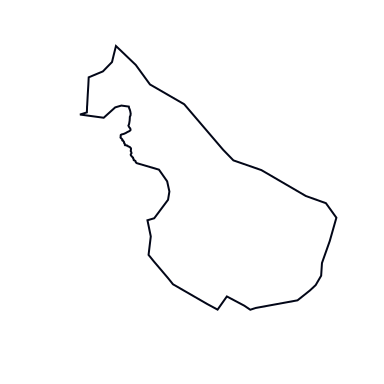 Bayancogt, Töv, Mongolia (Natural Earth projection), rotated 222°
{"feature_id": "93677404B67645027022148", "entity_name": "Bayancogt", "entity_type": "district", "adm_level": 2, "iso_a3": "MNG", "parent_name": "Mongolia", "parent_adm1": "Töv", "projection": "natural_earth1", "projection_center": [106.234, 48.109], "detail": "fine", "context": "isolated", "style": "outline", "palette": "ink", "viewbox_px": 384, "rotation_deg": 222, "n_neighbors": 0, "source": "geoboundaries", "source_scale": "gbopen_adm2", "svg_char_len": 2217}
<svg xmlns="http://www.w3.org/2000/svg" viewBox="0 0 384 384"><g transform="rotate(222 192 192)"><path d="M346.2,249.6L345.6,248.5L341.3,240.4L340.4,238.8L340.4,238.7L338.9,236.0L338.4,235.0L338.7,227.5L338.9,222.1L339.1,221.6L341.0,217.6L345.5,208.1L340.6,202.1L334.3,194.2L328.0,186.4L327.1,185.2L325.8,183.7L323.4,180.8L325.4,177.4L327.1,174.6L307.3,188.1L305.7,203.5L302.3,209.0L296.1,213.2L295.7,212.9L295.3,212.6L294.9,212.3L294.5,212.1L294.1,211.9L293.7,211.8L293.5,211.6L293.2,211.5L292.6,211.1L292.1,210.8L291.4,210.3L290.7,209.7L290.2,209.4L289.8,208.9L288.9,207.7L288.6,206.5L288.2,205.9L287.8,205.5L286.9,204.3L286.3,203.6L284.8,201.3L284.1,200.1L283.8,199.1L283.7,198.8L282.8,198.4L281.8,198.1L280.5,197.9L279.9,197.6L279.2,197.0L279.1,196.5L279.3,195.3L280.0,193.6L280.2,193.1L280.7,191.5L281.5,189.7L282.3,188.4L282.7,187.9L282.9,187.4L283.1,186.8L282.9,186.4L282.5,185.9L282.1,185.5L281.8,184.9L281.5,184.6L281.0,184.5L280.5,184.6L279.9,184.5L279.4,184.5L278.8,184.4L278.5,183.8L278.1,183.7L277.7,183.8L277.4,184.0L277.0,183.9L276.4,183.7L276.1,183.7L275.8,183.6L275.5,183.2L275.1,182.9L274.7,182.9L274.2,182.8L273.8,182.4L273.5,182.2L273.3,182.0L273.0,182.0L272.6,182.5L272.1,182.7L271.5,182.8L271.1,183.2L270.5,183.2L270.0,183.2L269.2,183.5L268.4,183.8L267.8,183.7L267.2,183.7L266.6,183.6L266.1,183.2L265.8,182.7L265.4,182.3L265.1,181.6L264.7,181.3L264.4,181.2L263.8,181.0L263.2,180.6L262.9,180.3L262.8,179.7L262.7,179.0L262.4,178.6L261.8,178.3L261.4,178.3L260.8,178.2L260.1,178.1L259.6,178.1L259.1,178.1L258.8,178.1L258.5,177.9L258.3,177.6L258.0,177.5L257.5,177.4L257.2,177.3L257.0,177.0L256.6,176.7L256.2,176.8L255.8,177.0L255.6,177.0L255.3,177.1L254.9,177.2L254.4,177.0L254.1,176.8L253.7,176.5L253.2,176.5L252.6,176.4L252.1,176.6L231.5,186.5L217.6,183.3L209.1,177.2L204.6,170.2L202.5,147.2L206.2,141.2L192.9,131.4L182.2,116.2L174.0,114.9L159.1,112.9L151.7,111.9L144.4,110.7L105.9,118.9L94.3,121.7L96.2,137.7L77.1,142.5L69.9,143.5L67.1,148.4L41.1,182.1L38.5,197.7L37.8,205.6L40.0,216.2L47.9,226.2L56.8,247.7L67.5,269.5L85.0,273.3L104.7,265.2L155.1,254.7L182.4,243.2L197.1,244.2L256.5,252.0L295.2,243.8L318.8,248.8L345.9,249.6L346.2,249.6Z" fill="none" stroke="#020617" stroke-width="2"/></g></svg>